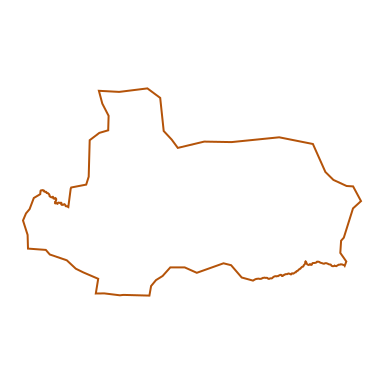 the district of Mandal, Selenge, Mongolia
{"feature_id": "93677404B74033139803686", "entity_name": "Mandal", "entity_type": "district", "adm_level": 2, "iso_a3": "MNG", "parent_name": "Mongolia", "parent_adm1": "Selenge", "projection": "albers", "projection_center": [107.085, 48.868], "detail": "fine", "context": "isolated", "style": "outline", "palette": "amber", "viewbox_px": 384, "rotation_deg": 0, "n_neighbors": 0, "source": "geoboundaries", "source_scale": "gbopen_adm2", "svg_char_len": 5508}
<svg xmlns="http://www.w3.org/2000/svg" viewBox="0 0 384 384"><path d="M253.0,280.6L254.2,279.9L254.9,279.5L255.4,279.2L255.8,279.1L256.2,279.0L256.9,278.8L257.4,278.8L257.9,278.7L258.3,278.7L258.6,278.7L258.9,278.7L259.4,278.9L259.7,278.9L260.1,278.9L260.5,278.9L260.8,278.8L261.4,278.7L261.6,278.7L261.9,278.4L262.2,278.2L262.9,277.9L263.3,277.9L263.6,277.9L263.9,277.8L264.2,277.7L264.4,277.7L264.7,277.7L264.9,277.7L265.4,277.9L265.7,277.9L265.9,277.9L266.6,277.8L267.2,277.9L267.5,278.0L267.8,278.4L268.0,278.6L268.5,278.8L269.0,278.9L269.5,278.7L269.8,278.5L270.3,278.4L270.6,278.3L270.8,278.3L271.1,278.4L271.5,278.4L271.9,278.3L272.2,278.1L272.4,277.9L273.0,277.3L273.3,277.1L273.7,276.8L274.3,276.5L274.9,276.3L275.2,276.2L275.6,276.2L275.8,276.2L276.1,276.3L276.4,276.3L276.7,276.3L277.0,276.1L277.4,276.1L277.5,276.1L277.8,276.1L278.1,276.1L278.5,275.7L279.0,275.5L279.4,275.4L279.6,275.3L279.8,275.1L280.2,274.9L280.4,274.9L280.7,274.9L281.1,274.9L281.3,275.0L281.6,275.4L281.7,275.6L281.8,275.8L282.0,276.0L282.4,276.0L282.6,276.0L282.8,275.9L283.1,275.5L283.2,275.3L283.4,275.3L283.6,275.1L283.8,275.1L284.1,275.0L284.2,274.9L284.4,274.8L284.5,274.6L284.9,274.5L285.1,274.4L285.3,274.4L285.6,274.2L286.0,274.1L286.5,274.1L287.3,274.1L287.7,273.9L287.9,273.7L288.2,273.6L288.4,273.5L288.5,273.5L288.8,273.5L289.2,273.7L289.6,273.9L290.1,273.9L290.3,274.0L290.6,274.2L290.8,274.4L291.1,274.4L291.3,274.3L291.5,274.1L291.7,273.8L291.8,273.5L291.9,273.4L292.1,273.3L292.4,273.3L293.0,273.5L293.3,273.6L293.5,273.5L293.7,273.4L293.9,273.3L294.1,273.1L294.4,272.9L294.6,272.8L295.1,272.4L295.6,272.2L295.8,272.2L295.9,271.8L296.1,271.6L296.5,271.5L296.6,271.4L296.7,271.2L296.9,271.0L297.1,271.0L297.4,270.9L297.6,270.8L297.8,270.7L298.0,270.5L298.3,270.1L298.5,269.9L298.7,269.7L299.4,269.1L299.7,269.1L300.1,268.7L300.4,268.6L300.5,268.4L300.9,268.0L301.0,267.8L301.4,267.5L301.9,267.0L302.2,266.8L302.5,266.7L302.9,266.6L303.2,266.5L303.4,266.2L303.6,265.6L303.8,265.2L304.1,264.9L304.7,264.2L305.0,263.8L305.2,263.5L305.3,263.1L305.2,262.5L305.2,262.1L305.3,261.7L305.6,261.4L306.1,261.9L306.3,262.4L306.5,263.0L306.7,263.6L306.9,263.9L307.3,264.4L307.7,264.6L308.1,264.8L308.5,264.9L308.8,265.0L309.2,264.8L309.5,264.5L309.7,264.3L309.8,264.2L310.0,264.1L310.3,264.3L310.5,264.7L310.7,264.8L311.0,264.9L311.3,264.9L311.6,264.8L311.8,264.6L312.0,264.2L312.1,263.8L312.2,263.7L312.6,263.1L312.8,263.1L313.5,263.0L314.2,263.0L314.8,262.9L315.4,262.8L315.8,262.7L316.3,262.5L316.5,262.3L316.8,261.8L317.3,261.7L317.6,261.7L317.7,261.8L317.9,261.8L318.3,261.7L319.1,261.9L319.4,262.0L319.7,262.2L320.1,262.6L320.7,262.8L321.4,263.0L322.2,263.2L322.7,263.4L323.2,263.6L324.1,263.7L324.7,263.4L325.2,263.2L325.8,263.2L326.3,263.2L326.7,263.3L327.2,263.5L327.7,263.7L328.1,263.9L328.9,264.3L329.2,264.4L330.2,264.5L330.4,264.5L330.7,264.6L330.9,264.8L331.1,265.1L331.4,265.6L331.7,265.8L332.0,266.0L332.4,266.1L332.9,266.2L333.4,266.1L333.7,266.1L334.4,265.9L334.6,265.7L334.7,265.8L334.8,265.8L335.1,265.9L335.6,266.0L336.0,266.1L336.4,266.1L336.7,265.9L337.0,265.7L337.3,265.5L338.0,265.1L338.7,264.7L339.6,264.7L340.0,264.6L340.4,264.5L340.6,264.3L341.2,264.3L341.3,264.4L341.5,264.4L342.0,264.4L343.2,264.9L343.5,265.0L344.1,265.2L344.5,265.5L344.7,265.8L346.3,261.5L340.3,252.9L341.1,240.7L343.8,237.7L353.0,208.4L361.0,201.1L353.1,186.4L346.6,186.0L333.4,179.9L325.4,172.0L312.9,144.0L279.2,137.3L231.5,142.1L204.2,141.6L177.8,147.9L171.7,139.6L163.7,131.0L160.2,97.9L147.4,88.4L119.2,91.9L98.9,90.8L102.3,103.6L108.6,115.8L108.2,130.3L99.3,132.9L89.7,140.2L88.7,176.7L86.2,184.6L71.2,187.5L70.7,188.7L68.3,207.1L68.1,207.0L68.0,206.9L68.0,206.7L67.9,206.6L67.7,206.3L67.5,206.2L67.2,206.2L67.1,206.3L66.7,206.3L66.3,206.3L65.8,206.2L65.6,206.0L65.6,205.8L65.4,205.2L65.2,205.0L64.7,204.5L64.5,204.2L64.3,204.2L64.2,204.2L64.0,204.3L63.2,204.8L62.6,204.9L62.0,204.9L61.7,204.8L61.5,204.6L61.3,204.4L61.4,204.2L61.6,203.9L61.6,203.7L61.6,203.4L61.4,203.0L61.2,202.8L61.0,202.7L60.5,202.8L60.0,203.0L59.6,202.9L58.9,202.6L58.4,202.6L58.0,202.8L57.8,203.0L57.7,203.2L57.6,203.7L57.4,203.8L57.3,203.7L56.8,203.2L56.4,203.0L56.2,203.0L55.9,203.2L55.7,203.4L55.3,203.3L55.4,203.1L55.4,202.7L55.2,202.5L55.0,202.3L55.0,202.0L55.1,201.8L55.8,201.2L56.2,199.9L56.2,199.1L56.0,198.6L55.7,198.3L55.6,198.2L55.4,198.1L55.2,198.0L54.9,198.3L54.8,198.5L54.8,198.8L54.6,198.8L54.3,198.7L53.5,198.5L53.3,198.3L53.2,198.1L53.2,197.8L53.2,197.4L53.1,197.1L53.0,196.9L52.9,196.8L52.7,196.8L52.4,197.0L52.1,197.1L51.7,197.3L51.3,197.3L51.1,197.2L50.9,197.1L50.6,196.9L49.8,196.4L49.6,196.2L49.6,195.8L49.7,195.7L49.6,195.4L49.5,195.2L49.4,195.0L49.3,194.9L49.2,194.8L49.2,194.6L49.2,194.4L49.1,194.2L48.7,194.1L48.5,193.9L48.3,193.6L48.2,193.4L48.0,193.2L47.8,193.1L47.0,193.0L46.8,193.0L46.7,192.8L46.5,192.7L46.4,192.4L46.4,192.2L46.2,192.0L46.1,191.9L45.5,192.0L45.3,191.9L45.1,191.7L44.9,191.7L44.6,191.7L44.3,191.6L44.2,191.5L44.1,191.4L44.2,191.2L44.2,190.9L44.1,190.7L43.9,190.6L43.5,190.7L43.3,190.6L43.1,190.3L42.9,190.1L42.5,190.1L42.3,190.1L42.2,190.3L41.6,190.4L41.3,190.5L41.0,190.4L40.8,190.5L40.6,190.8L40.5,191.0L40.5,191.5L40.2,194.2L33.8,198.0L29.6,209.1L26.0,213.4L23.0,220.5L27.6,234.9L28.0,248.6L45.8,249.9L49.8,254.5L66.8,260.3L75.8,268.7L83.3,272.4L98.2,278.8L95.8,293.5L104.3,293.4L119.9,295.3L123.3,294.9L149.4,295.6L151.1,286.0L156.0,280.1L162.6,276.0L170.3,267.4L184.7,267.4L196.8,272.8L223.5,263.3L231.1,265.2L241.7,277.5L253.0,280.6Z" fill="none" stroke="#b45309" stroke-width="2"/></svg>